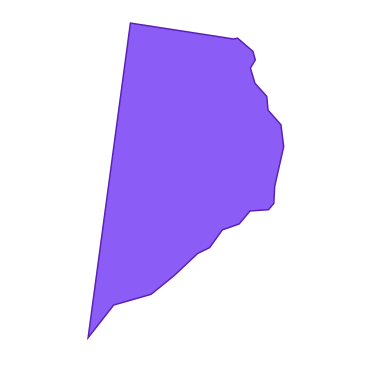 Camp, Texas, United States of America (Equal Earth projection), rotated 98°
{"feature_id": "52423323B72263497206932", "entity_name": "Camp", "entity_type": "district", "adm_level": 2, "iso_a3": "USA", "parent_name": "United States of America", "parent_adm1": "Texas", "projection": "equal_earth", "projection_center": [-94.984, 32.989], "detail": "fine", "context": "isolated", "style": "filled", "palette": "violet", "viewbox_px": 384, "rotation_deg": 98, "n_neighbors": 0, "source": "geoboundaries", "source_scale": "gbopen_adm2", "svg_char_len": 449}
<svg xmlns="http://www.w3.org/2000/svg" viewBox="0 0 384 384"><g transform="rotate(98 192 192)"><path d="M52.4,147.7L44.3,151.2L33.3,168.3L34.7,172.3L33.3,276.5L350.7,274.6L314.8,253.8L299.0,218.3L277.3,198.1L252.1,177.9L244.6,166.8L225.3,156.7L217.0,140.8L202.7,131.9L198.9,113.8L191.9,109.4L174.8,110.9L134.4,107.5L113.0,113.3L100.4,128.1L86.9,131.3L75.6,144.8L61.1,151.4L52.4,147.7Z" fill="#8b5cf6" stroke="#5b21b6" stroke-width="1.5"/></g></svg>